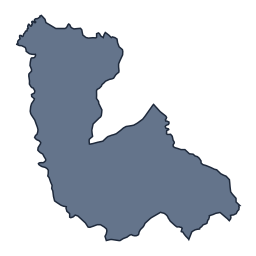 Tupambaé, Cerro Largo, Uruguay
{"feature_id": "84410073B70761357527", "entity_name": "Tupambaé", "entity_type": "district", "adm_level": 2, "iso_a3": "URY", "parent_name": "Uruguay", "parent_adm1": "Cerro Largo", "projection": "mercator", "projection_center": [-54.805, -32.631], "detail": "fine", "context": "isolated", "style": "filled", "palette": "slate", "viewbox_px": 256, "rotation_deg": 0, "n_neighbors": 0, "source": "geoboundaries", "source_scale": "gbopen_adm2", "svg_char_len": 5551}
<svg xmlns="http://www.w3.org/2000/svg" viewBox="0 0 256 256"><path d="M106.3,240.5L110.0,239.6L110.9,239.5L111.2,239.5L111.7,239.5L113.2,239.7L119.1,240.6L119.5,240.6L119.8,240.6L120.2,240.5L120.5,240.3L122.8,238.8L123.6,238.4L124.4,238.1L126.6,237.3L127.1,237.1L127.6,236.7L128.5,236.0L129.1,235.6L129.4,235.3L129.6,235.2L130.1,235.0L131.3,234.6L132.8,235.4L134.7,235.8L136.4,235.7L137.9,235.1L138.7,234.1L138.9,233.0L139.2,231.8L139.4,231.5L139.5,231.3L140.0,230.3L140.4,229.7L140.6,229.4L141.0,229.0L143.0,227.0L143.4,226.5L143.7,226.0L144.4,224.7L144.8,223.6L145.2,223.1L150.0,218.7L150.6,218.2L151.6,217.5L159.4,213.0L160.5,212.3L162.1,212.8L163.9,213.2L165.5,214.2L167.1,215.7L168.0,217.3L168.5,218.5L168.8,218.8L170.1,220.9L170.3,221.2L174.9,225.4L176.7,226.8L176.8,226.8L177.1,226.9L178.1,226.9L179.4,226.8L179.5,226.9L180.2,227.3L180.3,227.3L180.6,227.3L181.1,227.3L181.3,227.4L182.0,228.0L182.2,228.3L182.2,228.5L181.9,228.8L181.9,229.0L181.2,231.4L181.2,231.6L181.4,231.7L182.8,232.0L184.3,234.3L185.9,236.3L186.1,236.5L187.4,237.8L188.5,239.0L188.8,239.5L191.3,233.1L191.6,232.1L193.3,230.8L195.2,229.8L197.2,229.3L199.6,229.0L200.0,227.8L201.6,226.7L203.1,224.8L205.7,223.9L206.9,223.3L207.8,220.1L208.6,219.5L209.0,218.1L209.4,216.6L209.3,215.7L213.1,214.5L215.8,213.3L220.1,212.5L224.3,216.1L226.4,217.9L227.2,218.5L229.3,220.7L230.6,218.8L230.9,217.4L230.5,215.4L231.8,215.1L233.6,214.9L234.9,214.2L236.2,213.6L236.7,212.6L237.5,211.1L238.9,209.6L238.9,208.7L239.1,207.8L239.1,207.1L238.8,206.5L239.0,205.6L239.8,205.5L236.1,202.0L236.0,198.3L232.3,194.1L230.7,191.9L230.1,187.2L229.7,182.5L229.4,179.7L226.1,176.2L223.6,175.2L220.7,173.7L216.7,169.8L214.3,169.2L210.8,167.5L206.2,165.6L202.8,164.6L201.1,163.0L201.0,160.9L199.1,158.1L197.3,156.6L195.1,156.0L193.1,154.2L189.4,153.8L184.9,149.6L181.0,149.6L177.8,148.5L175.0,147.7L173.3,146.6L173.1,145.0L173.5,144.2L174.3,142.9L174.1,141.8L173.1,140.2L172.6,137.9L172.2,136.2L170.6,134.3L168.8,134.4L167.3,134.4L166.5,133.7L166.6,132.7L166.6,131.3L166.7,130.5L168.0,130.0L168.7,129.6L168.4,128.8L167.2,128.5L166.0,128.3L165.2,126.6L165.8,125.6L167.1,124.9L168.4,124.5L169.0,123.3L168.9,122.0L166.9,121.1L165.7,121.0L165.4,119.7L166.1,118.9L166.6,117.4L165.7,116.0L160.2,111.7L155.2,106.2L153.6,104.4L152.9,105.1L145.0,116.3L142.7,119.2L137.4,123.1L133.7,125.2L131.2,125.7L126.1,126.5L123.4,128.0L120.6,130.4L116.3,133.7L113.9,134.6L111.7,135.2L107.9,136.6L106.6,137.6L102.8,141.2L97.6,142.3L92.8,143.6L90.1,144.1L89.4,144.0L89.1,141.0L89.3,139.3L90.8,137.9L92.0,137.0L92.6,136.3L92.1,133.4L91.8,130.2L92.1,128.7L93.1,124.0L99.1,118.1L100.5,117.0L101.3,115.6L101.7,112.6L101.9,109.9L98.8,103.6L98.5,101.4L96.5,98.5L96.6,95.1L96.5,90.7L97.2,89.4L99.5,88.1L101.4,86.1L102.0,84.5L103.8,83.0L105.5,81.2L109.4,79.4L111.8,78.9L113.6,78.2L115.7,74.9L117.5,73.2L118.7,72.4L119.0,71.0L118.6,66.9L118.6,63.9L119.8,60.9L122.6,54.9L122.8,51.5L122.4,49.6L119.1,46.8L117.6,42.8L117.0,39.0L114.9,37.6L112.4,36.9L111.3,37.6L109.0,35.3L106.6,33.4L105.3,32.5L104.1,34.6L103.2,37.6L100.8,36.0L99.5,33.7L98.4,32.9L96.6,33.7L96.6,37.2L95.8,37.9L93.0,37.7L88.4,38.1L85.9,37.5L82.8,35.0L82.2,32.1L81.8,29.9L80.5,28.3L76.9,28.6L74.0,28.9L72.3,28.2L71.0,27.3L69.7,24.7L68.7,24.0L68.0,24.7L67.1,26.6L66.2,27.8L65.0,28.5L55.8,28.5L45.9,22.6L45.0,19.3L42.6,16.7L41.3,15.4L39.8,16.2L40.0,16.6L40.0,16.9L39.8,17.1L38.2,18.2L37.2,18.7L36.8,18.8L36.3,18.6L36.0,18.7L35.6,18.8L35.1,19.1L34.9,19.3L34.7,19.5L34.5,19.8L34.4,20.0L34.4,20.4L34.5,20.7L34.6,20.9L35.0,21.2L35.3,21.6L35.7,21.9L35.7,22.1L35.6,22.3L35.4,22.6L35.1,22.7L34.8,22.7L34.3,22.4L32.9,21.4L32.7,21.3L32.4,21.3L32.2,21.4L31.9,21.6L31.8,21.8L31.8,22.1L31.8,22.4L32.4,23.4L32.4,23.7L32.3,24.0L32.1,24.3L31.8,24.4L31.8,24.6L31.8,25.4L31.6,25.7L31.2,26.1L30.9,26.2L30.7,26.2L30.4,26.0L30.3,25.8L30.0,25.3L29.6,24.8L29.2,24.7L29.0,24.3L28.7,24.2L28.5,24.3L28.4,24.5L28.3,25.1L27.9,25.6L27.7,26.7L27.9,27.5L28.2,27.9L28.3,28.2L27.9,28.7L27.3,28.8L27.2,29.2L27.0,30.8L26.8,31.0L26.2,30.9L25.7,31.1L25.5,31.3L24.7,33.0L23.7,34.0L23.6,34.4L23.5,34.9L23.3,35.4L23.1,36.1L23.0,36.3L22.6,36.5L22.4,36.5L22.1,36.4L21.8,36.3L21.4,35.6L20.1,35.4L19.8,35.5L19.6,35.8L19.6,36.8L19.7,37.8L20.0,38.4L19.9,39.0L19.7,39.3L19.0,39.7L18.1,40.7L17.7,41.7L17.6,42.4L18.0,43.3L18.0,43.5L17.9,43.8L17.7,43.9L17.3,43.9L16.6,44.1L16.2,44.1L19.2,45.5L21.7,45.7L25.3,47.5L26.0,49.5L26.2,51.4L29.4,53.7L32.0,54.3L34.2,54.4L35.4,54.3L35.6,55.1L35.3,56.1L35.1,56.8L34.1,57.7L32.9,57.9L31.7,57.9L31.0,58.6L30.3,62.2L30.0,65.5L31.5,69.3L31.5,71.2L30.2,72.5L28.9,74.0L28.8,76.1L29.5,80.9L29.4,84.1L30.9,86.6L32.1,87.7L33.3,88.1L34.8,90.9L34.7,91.8L34.3,93.1L32.8,93.8L31.5,94.5L31.7,96.5L33.0,97.6L34.4,98.8L34.1,99.8L33.2,101.3L31.6,103.6L30.7,106.6L30.2,111.2L30.7,113.6L31.5,115.1L34.8,120.1L36.1,123.8L37.4,127.3L38.0,129.8L37.7,132.1L36.9,134.4L35.6,135.4L34.6,137.4L35.5,138.7L36.9,139.8L39.1,140.7L40.7,142.4L40.5,143.8L39.4,145.5L38.1,147.6L37.8,150.1L38.7,151.2L40.4,152.7L42.7,154.0L44.3,157.0L45.7,159.2L45.6,160.7L44.5,161.9L43.0,162.7L41.2,162.6L39.2,162.9L38.4,163.7L38.9,164.6L40.7,165.9L42.1,166.6L45.2,167.4L47.1,168.6L48.3,170.3L48.2,173.8L47.8,176.0L49.1,177.6L50.7,182.3L52.1,185.5L51.7,188.5L52.8,190.9L53.5,196.5L54.6,200.9L57.0,202.6L61.0,205.2L63.5,206.2L66.3,206.7L66.0,208.2L66.9,211.3L69.6,213.6L69.7,217.2L70.8,217.7L73.3,216.8L75.2,215.1L77.8,215.9L80.2,218.1L85.4,222.9L88.1,227.1L89.9,227.3L93.2,226.2L97.2,224.7L100.5,224.7L104.1,226.9L106.4,228.8L106.9,230.9L106.2,234.1L105.0,236.3L106.3,240.5Z" fill="#64748b" stroke="#1e293b" stroke-width="1.5"/></svg>